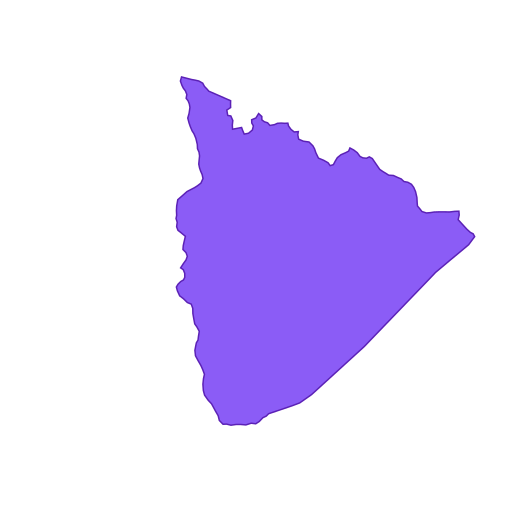 Crisópolis, Bahia, Brazil (Mercator projection), rotated 216°
{"feature_id": "56859067B36818450033249", "entity_name": "Crisópolis", "entity_type": "district", "adm_level": 2, "iso_a3": "BRA", "parent_name": "Brazil", "parent_adm1": "Bahia", "projection": "mercator", "projection_center": [-38.126, -11.499], "detail": "fine", "context": "isolated", "style": "filled", "palette": "violet", "viewbox_px": 512, "rotation_deg": 216, "n_neighbors": 0, "source": "geoboundaries", "source_scale": "gbopen_adm2", "svg_char_len": 2733}
<svg xmlns="http://www.w3.org/2000/svg" viewBox="0 0 512 512"><g transform="rotate(216 256 256)"><path d="M421.5,357.1L420.0,353.1L416.2,350.5L413.3,349.0L410.2,348.1L406.9,346.0L405.2,342.5L402.3,341.7L399.4,339.9L396.8,337.4L394.0,332.1L392.3,327.5L388.4,324.3L385.1,322.0L381.3,319.7L378.2,318.5L373.9,315.9L369.1,311.8L366.4,308.4L363.1,306.5L360.5,303.8L358.4,300.2L356.3,296.7L353.5,294.1L350.8,292.2L347.4,290.2L344.4,287.5L343.4,282.6L344.6,278.5L345.9,275.2L347.7,271.6L349.7,267.6L351.1,261.2L352.4,255.6L349.6,249.9L347.0,245.9L344.1,242.3L342.7,239.3L339.6,237.0L337.4,233.0L334.2,230.9L330.6,230.8L324.7,230.4L322.9,226.1L321.0,221.7L318.9,218.3L314.6,217.6L311.4,215.4L310.3,211.7L310.3,207.3L310.0,202.1L306.8,202.2L303.5,200.1L301.1,196.9L300.6,194.0L301.9,191.1L302.5,187.3L302.2,184.1L299.1,181.6L294.3,178.9L289.7,178.8L284.2,178.0L280.1,179.0L276.4,176.5L273.2,172.3L269.4,168.6L265.7,165.1L262.2,163.9L257.6,161.7L255.5,157.5L253.5,153.9L253.2,150.7L251.8,147.6L250.0,143.8L246.3,139.7L241.3,137.3L236.2,135.0L232.2,132.7L228.2,130.0L226.4,125.9L223.6,121.1L219.6,116.3L215.8,113.2L212.8,112.2L209.9,111.2L205.1,110.3L201.7,108.7L197.8,106.8L192.8,104.6L189.0,101.4L183.8,100.5L181.0,102.7L176.8,104.4L173.2,107.9L169.4,110.7L164.9,113.4L161.6,117.9L157.6,120.1L156.1,124.0L155.4,129.2L153.6,132.5L153.1,135.8L139.0,155.7L134.3,162.8L129.6,176.5L115.2,246.4L114.2,253.7L102.4,338.4L101.1,348.2L96.4,367.2L93.2,379.7L90.6,390.1L90.5,400.2L93.4,401.6L96.4,401.1L101.1,401.6L113.8,404.2L115.7,408.6L118.2,411.5L121.5,408.9L125.4,405.3L129.3,402.6L133.7,399.4L137.8,396.2L140.3,393.7L143.4,391.0L147.9,389.5L151.6,390.6L154.7,391.3L156.9,393.8L160.2,397.9L164.8,401.9L168.7,404.2L172.4,405.4L176.5,404.9L180.1,403.2L183.8,403.7L187.6,402.8L192.2,401.9L196.1,399.4L199.6,399.2L202.8,398.9L206.8,398.8L210.5,400.1L215.0,401.7L219.2,403.2L222.6,402.8L224.1,400.0L227.3,398.2L230.4,397.7L234.8,399.1L239.3,399.2L243.5,398.6L242.7,395.3L244.2,392.3L246.8,387.9L248.0,383.4L247.7,379.6L247.1,375.4L249.1,372.7L252.5,373.8L257.6,373.2L263.0,371.9L268.4,374.8L271.6,377.1L274.8,378.6L280.1,379.4L285.2,376.7L290.2,375.6L293.4,378.6L294.9,381.5L298.0,378.8L302.1,379.0L306.1,380.3L308.3,382.2L310.8,380.2L313.8,378.3L316.7,375.9L318.2,373.2L321.5,369.8L324.9,370.6L328.2,369.5L331.3,369.6L333.3,372.3L337.6,372.8L337.2,367.6L339.6,363.7L337.6,361.1L334.6,359.7L333.0,355.8L334.2,350.9L337.2,347.7L340.7,349.8L343.2,351.5L345.8,348.7L349.5,344.8L352.1,348.0L354.4,352.0L358.7,354.5L361.5,353.1L365.4,356.9L363.8,361.2L366.0,364.1L367.8,366.7L384.8,363.0L391.0,361.6L394.0,362.3L397.4,362.9L400.7,364.5L405.1,364.0L408.6,362.5L411.9,360.9L416.2,359.2L421.5,357.1Z" fill="#8b5cf6" stroke="#5b21b6" stroke-width="1.5"/></g></svg>